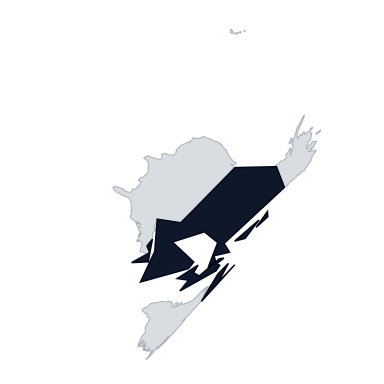 Canada and the surrounding countries, rotated 133°
{"feature_id": "CAN", "entity_name": "Canada", "entity_type": "country or territory", "adm_level": 0, "iso_a3": "CAN", "parent_name": "North America", "parent_adm1": "", "projection": "equal_earth", "projection_center": [-89.555, 62.395], "detail": "coarse", "context": "with_neighbors", "style": "filled", "palette": "ink", "viewbox_px": 384, "rotation_deg": 133, "n_neighbors": 2, "source": "natural_earth", "source_scale": "50m", "svg_char_len": 6038}
<svg xmlns="http://www.w3.org/2000/svg" viewBox="0 0 384 384"><g transform="rotate(133 192 192)"><path d="M145.3,177.2L207.0,177.2L207.0,176.1L207.8,176.1L208.1,177.6L208.8,178.1L212.6,178.8L214.8,179.6L216.6,179.3L220.1,180.0L222.1,179.2L230.0,183.2L230.3,184.0L230.8,184.3L230.7,184.6L231.7,184.4L232.3,185.5L233.3,185.9L233.0,186.4L235.5,187.8L236.6,193.1L234.5,197.7L234.8,198.4L235.6,198.9L244.2,195.3L243.5,193.4L244.6,193.0L249.0,192.9L249.6,191.8L253.2,188.8L260.9,188.8L261.0,188.1L262.7,187.5L263.8,183.8L265.2,181.6L266.1,182.4L267.5,181.9L268.7,182.8L269.2,186.8L271.4,189.4L264.5,192.8L263.1,195.3L263.2,196.9L264.2,198.5L265.2,198.6L264.8,197.5L265.6,198.1L265.5,199.0L258.7,200.3L256.8,201.2L260.3,200.6L261.0,201.2L257.8,202.1L256.3,202.1L256.3,201.8L255.7,202.6L256.4,202.8L256.0,205.0L254.4,207.4L254.2,206.6L252.8,205.7L253.5,207.3L254.1,207.9L254.2,209.1L252.3,212.9L252.7,210.6L251.4,209.4L251.0,206.8L250.6,208.1L251.2,210.1L249.6,209.6L251.3,210.6L251.6,213.7L252.3,213.9L253.1,218.2L251.7,220.6L249.2,221.6L247.7,223.5L246.5,223.7L245.3,224.9L245.0,226.0L242.4,228.1L239.9,231.7L239.6,234.0L240.1,236.3L242.2,241.6L242.2,243.0L243.6,247.0L243.5,250.6L242.9,252.7L242.1,253.1L240.9,252.7L240.4,251.2L239.4,250.4L236.4,243.6L236.9,241.3L236.1,239.5L234.1,236.7L233.1,236.2L230.6,237.7L228.9,235.9L227.3,235.1L224.5,235.5L222.3,235.2L219.3,235.9L219.8,236.8L219.8,238.2L220.3,238.8L219.8,239.3L218.9,238.8L217.9,239.4L216.1,239.3L214.2,237.5L212.0,238.0L210.2,237.2L206.5,238.2L204.2,240.7L201.7,242.1L200.3,243.8L199.6,245.3L199.6,247.6L200.1,250.4L199.1,250.5L195.4,248.7L194.2,244.7L192.8,242.8L190.8,238.5L189.1,237.2L187.0,237.3L185.3,239.9L183.3,238.9L182.0,237.9L180.8,234.3L177.3,230.6L173.0,230.6L172.9,232.0L166.0,232.0L156.9,228.1L157.2,227.4L151.2,228.0L150.9,226.4L149.5,224.5L148.4,224.1L148.3,223.2L146.9,223.0L146.1,222.1L143.9,221.8L143.3,221.3L143.3,219.5L141.3,216.2L139.9,211.8L140.1,211.1L137.8,207.4L137.9,204.8L136.9,203.1L137.8,200.5L138.2,197.9L137.9,195.6L139.3,192.7L140.9,187.3L141.3,183.3L140.7,179.5L141.1,179.0L144.1,179.9L144.8,182.7L145.5,181.9L145.3,177.2ZM125.7,127.5L115.9,147.5L117.9,147.5L119.6,148.2L121.7,150.9L124.2,149.5L126.6,148.7L127.2,150.0L129.7,152.1L131.5,156.7L134.5,158.4L134.1,160.0L132.5,161.3L130.1,159.5L130.2,157.2L128.2,155.2L127.9,152.8L122.8,152.6L120.6,151.9L117.4,149.3L112.5,148.0L109.6,148.2L104.3,146.1L101.8,146.6L101.4,148.3L97.6,148.9L92.9,150.2L93.4,148.8L95.5,146.5L98.0,145.8L97.8,145.2L94.5,146.5L92.3,148.1L88.5,149.8L89.4,151.0L86.5,152.7L81.3,154.5L80.2,155.7L76.3,157.0L75.0,158.2L71.9,159.3L70.6,159.1L63.4,161.6L59.3,162.3L59.3,161.9L67.8,158.4L70.5,158.1L72.1,157.1L75.8,155.6L78.6,154.2L79.9,152.3L81.8,150.8L79.0,151.6L78.6,151.1L77.0,152.0L76.4,150.8L75.3,151.7L75.2,150.5L72.6,151.4L71.4,151.4L72.1,150.0L73.0,149.1L72.2,148.2L69.3,148.7L67.3,147.0L68.1,145.7L67.2,144.7L68.9,143.3L71.4,142.1L72.8,140.9L74.5,140.8L75.6,141.1L77.9,140.0L79.2,140.2L81.1,139.5L81.4,138.5L80.6,138.2L82.6,137.3L79.0,137.8L78.1,138.3L76.9,137.8L74.0,138.1L71.6,137.5L71.4,136.7L69.9,135.5L78.2,133.6L79.7,133.6L78.7,134.6L82.8,134.5L82.2,133.3L80.4,132.5L78.7,130.7L76.6,130.1L78.4,129.0L81.7,129.0L84.7,128.1L85.9,127.2L88.4,126.4L94.3,125.4L95.9,125.5L99.3,124.6L101.8,124.9L102.5,125.7L103.6,125.4L106.5,125.5L106.2,125.9L108.7,126.2L110.7,126.0L118.8,127.0L121.4,126.7L125.7,127.5ZM59.9,139.5L60.8,139.9L62.1,139.7L65.0,140.6L62.8,141.3L61.3,140.4L59.5,140.5L59.1,140.3L59.9,139.5ZM48.2,270.4L49.5,272.4L46.9,274.5L46.3,274.0L46.3,271.7L47.0,270.8L47.1,269.7L48.2,270.4ZM47.0,268.0L45.8,268.7L45.2,267.5L45.5,267.2L47.0,268.0ZM45.3,266.6L45.1,267.0L43.7,266.9L44.0,266.4L45.3,266.6ZM42.3,264.7L43.0,266.1L42.8,266.3L41.8,266.1L41.5,265.2L42.3,264.7ZM39.1,263.0L38.6,264.1L37.9,263.5L38.5,262.9L39.1,263.0ZM64.8,147.3L66.3,147.5L65.9,148.4L64.4,148.8L62.6,147.7L64.8,147.3ZM88.4,153.2L89.6,153.3L90.1,154.1L85.2,156.3L84.5,155.6L84.7,154.4L88.4,153.2Z" fill="#d9dde1" stroke="#a8b0b8" stroke-width="1"/><path d="M288.9,110.3L294.1,109.8L299.8,109.8L301.7,109.6L307.4,109.5L320.3,109.6L330.9,110.2L328.2,110.5L313.3,110.6L314.2,110.7L319.9,110.6L325.1,110.9L328.0,110.7L329.6,111.0L328.3,111.5L332.2,111.2L339.8,110.8L344.8,111.0L346.1,111.4L340.0,112.0L339.3,112.2L334.2,112.4L338.1,112.5L336.1,113.9L337.2,115.2L339.9,116.1L337.3,116.1L334.9,116.5L338.6,117.2L340.0,118.4L338.2,118.6L341.5,119.8L337.7,119.9L340.2,120.5L340.1,121.1L335.3,121.3L338.4,122.4L338.9,123.2L334.9,122.5L334.3,122.9L337.0,123.3L340.1,124.4L341.8,125.8L338.9,126.1L334.1,124.4L335.5,125.6L334.0,126.6L341.4,126.7L333.6,129.8L326.6,130.5L325.1,131.3L323.7,133.4L320.4,134.8L314.3,135.9L313.3,137.2L314.0,138.7L313.6,140.2L311.2,142.0L312.8,143.7L312.5,148.0L309.8,148.1L306.1,146.2L302.1,146.2L299.7,144.9L297.6,142.6L293.2,139.9L291.7,138.4L290.8,136.5L287.5,134.6L287.6,133.1L286.1,132.3L287.1,130.1L289.6,129.3L290.0,128.5L289.8,127.1L285.6,128.3L283.1,127.7L282.5,126.5L282.9,125.5L288.4,125.9L283.0,124.2L281.3,124.5L279.7,124.1L281.1,122.5L275.3,119.2L272.9,118.6L272.7,118.0L267.8,117.2L255.4,117.3L250.2,116.0L254.6,115.6L257.9,115.6L250.6,115.2L246.7,114.8L246.9,114.3L259.0,113.2L259.6,112.8L255.0,112.5L256.3,112.1L261.8,111.4L264.2,111.3L263.4,110.9L272.1,110.6L277.1,110.6L279.0,110.8L283.1,110.4L293.0,111.0L288.9,110.6L288.9,110.3Z" fill="#d9dde1" stroke="#a8b0b8" stroke-width="1"/><path d="M144.8,177.2L115.9,147.5L125.6,127.6L207.7,133.5L210.4,123.5L223.6,132.4L226.8,127.3L234.7,129.3L211.4,138.7L212.7,155.8L241.9,172.2L242.0,142.9L250.6,142.4L293.0,168.3L260.9,178.7L235.6,198.9L222.1,179.2L144.8,177.2ZM218.6,123.6L227.9,125.1L226.7,121.7L233.3,120.7L272.7,133.4L258.8,134.4L265.4,143.8L241.3,137.7L250.0,135.8L248.4,129.4L222.4,126.5L218.6,123.6ZM216.0,111.1L265.6,110.5L234.4,117.1L219.4,116.7L240.2,111.2L216.0,111.1ZM166.9,123.9L189.7,121.5L198.8,127.3L166.9,123.9ZM284.8,188.0L265.2,181.6L262.3,188.0L253.5,188.8L272.9,176.4L284.8,188.0ZM158.4,119.7L174.1,121.0L154.8,123.5L158.4,119.7Z" fill="#0f172a" stroke="#020617" stroke-width="1.5"/></g></svg>